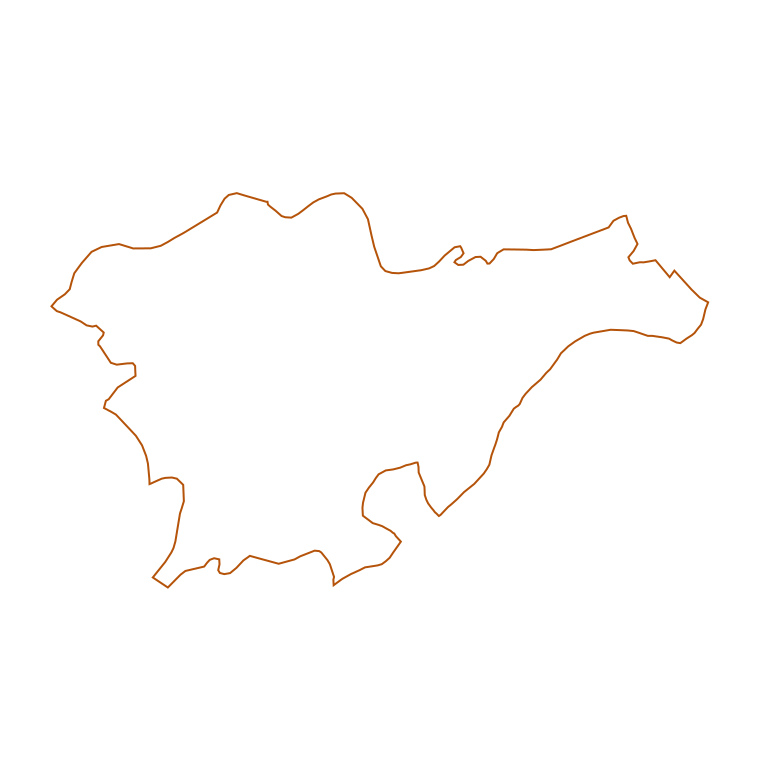 outline of Disuq, Kafr ash Shaykh, Egypt, rotated 267°
{"feature_id": "37247803B5020556280365", "entity_name": "Disuq", "entity_type": "district", "adm_level": 2, "iso_a3": "EGY", "parent_name": "Egypt", "parent_adm1": "Kafr ash Shaykh", "projection": "robinson", "projection_center": [30.711, 31.149], "detail": "fine", "context": "isolated", "style": "outline", "palette": "amber", "viewbox_px": 768, "rotation_deg": 267, "n_neighbors": 0, "source": "geoboundaries", "source_scale": "gbopen_adm2", "svg_char_len": 4121}
<svg xmlns="http://www.w3.org/2000/svg" viewBox="0 0 768 768"><g transform="rotate(267 384 384)"><path d="M539.3,634.7L539.2,632.0L538.5,629.8L537.8,627.6L537.1,626.1L535.0,621.7L528.6,616.5L516.5,578.7L513.2,568.6L509.8,557.9L509.8,550.6L509.9,540.4L510.7,533.1L511.5,521.4L512.2,510.5L511.1,508.4L508.7,503.9L503.1,500.2L498.8,495.7L498.8,493.6L501.7,492.1L506.0,487.1L506.0,482.0L502.5,474.6L499.0,469.5L499.0,465.2L499.0,464.4L501.9,460.7L504.0,462.2L506.8,467.4L510.4,470.3L516.1,468.2L516.9,467.7L517.6,467.3L517.0,462.8L516.8,461.6L509.1,451.3L503.4,445.4L499.2,440.3L498.1,437.6L497.1,435.1L495.7,427.1L494.1,408.4L493.8,404.4L494.5,397.9L496.7,391.3L501.7,387.0L511.3,384.3L521.6,381.4L533.0,379.3L549.4,376.6L558.2,372.5L560.1,371.6L571.6,361.5L575.4,356.0L576.6,354.2L576.7,345.5L576.0,341.1L574.6,337.4L571.8,328.6L571.5,328.0L569.0,322.8L565.5,317.6L561.9,312.5L558.4,307.3L555.0,300.2L555.7,294.1L557.1,290.5L562.8,284.7L567.1,279.7L569.3,277.5L572.1,277.2L572.1,276.1L579.4,255.0L582.3,247.0L580.9,238.9L577.4,234.5L571.0,230.1L563.9,226.3L563.6,225.7L552.7,205.5L545.7,192.5L544.7,190.5L540.8,182.3L537.2,175.7L533.7,168.3L531.7,158.1L532.5,140.6L533.7,137.4L537.6,126.7L535.6,109.2L531.3,98.9L530.6,98.2L520.7,88.6L510.8,80.5L502.3,77.4L496.0,75.4L495.2,75.2L490.3,70.0L485.3,61.9L479.0,56.0L478.1,56.8L473.9,61.1L472.5,64.7L462.4,84.3L458.1,90.1L456.6,95.9L457.3,99.6L450.1,106.8L447.3,106.0L441.6,100.9L438.1,100.8L436.6,102.3L419.5,112.3L417.3,118.1L418.0,128.4L417.9,134.2L415.1,136.4L410.2,136.3L405.1,136.3L394.5,117.9L383.2,108.3L381.8,105.4L374.7,103.1L370.4,110.3L367.5,114.7L355.5,124.9L345.3,133.5L344.1,134.2L335.3,139.2L324.6,142.7L316.8,144.1L301.8,144.7L299.9,144.7L296.3,144.6L296.8,146.1L298.3,149.8L301.1,157.1L301.7,160.8L301.7,167.3L300.3,172.2L293.8,178.2L277.4,178.0L270.5,175.5L265.4,173.5L255.4,171.3L237.6,167.4L231.2,165.2L227.0,162.9L217.8,156.3L202.9,143.0L195.8,152.5L192.1,157.5L204.2,170.8L207.7,175.9L211.1,194.9L214.7,197.9L217.5,200.8L218.9,205.2L217.5,210.3L212.5,210.3L206.8,208.7L203.9,210.2L202.5,214.5L203.2,220.4L208.1,227.0L215.2,234.4L218.2,239.2L219.4,241.0L216.2,250.6L210.0,269.4L213.5,285.5L216.3,291.3L221.2,306.0L220.5,310.6L219.0,312.6L211.1,318.3L206.9,320.5L194.0,324.0L191.2,323.2L187.6,323.2L185.7,323.2L190.4,330.3L191.7,332.4L195.9,341.0L196.0,341.2L196.1,341.4L197.0,343.9L198.1,346.6L199.3,349.7L201.9,355.5L202.2,358.7L202.9,365.6L203.1,367.2L203.2,368.3L204.2,372.4L206.9,376.5L210.2,380.6L212.9,382.6L215.3,384.4L225.7,392.6L231.4,387.9L234.2,386.4L235.0,385.0L235.7,384.3L237.1,382.8L239.3,379.2L242.1,374.8L243.6,371.2L245.7,365.4L249.7,360.7L253.6,356.0L257.2,356.0L261.4,356.0L266.4,356.8L276.4,359.8L281.3,363.5L286.3,368.0L290.5,370.9L294.1,373.9L295.0,375.8L297.6,381.2L298.2,388.5L299.6,395.8L301.7,401.7L302.4,406.1L303.8,411.5L303.8,413.4L299.5,414.1L293.8,414.0L289.5,415.5L279.6,419.0L276.0,419.0L271.0,418.9L266.0,420.3L262.5,421.8L258.2,424.6L255.3,426.8L253.2,428.2L251.8,429.7L249.3,431.9L250.3,433.6L257.8,441.5L260.2,444.8L265.0,450.8L271.8,458.2L279.5,468.9L289.4,479.0L293.6,482.2L297.9,485.0L303.2,486.5L307.1,487.6L316.0,491.3L316.8,491.7L322.5,493.9L327.2,495.4L329.6,496.1L335.4,499.8L336.3,500.1L339.4,501.5L345.7,507.6L348.5,509.5L352.5,512.3L352.7,512.5L352.8,512.7L354.2,514.8L355.3,516.8L356.4,518.0L356.9,518.5L362.9,521.6L366.9,525.0L373.1,531.4L376.0,535.2L380.2,540.6L386.6,546.6L390.1,550.7L394.8,554.5L396.8,556.1L399.2,558.1L405.4,562.3L412.0,570.0L416.6,577.2L421.6,587.0L422.3,589.0L423.5,592.5L424.3,596.1L424.9,601.2L426.3,613.1L425.4,623.0L424.7,630.2L423.8,636.1L421.7,641.5L420.1,645.4L418.3,649.9L418.0,654.6L416.6,661.6L416.1,664.2L414.4,671.0L412.6,673.8L410.1,678.4L409.3,682.0L410.1,683.3L413.5,688.5L416.7,694.1L418.7,696.8L423.0,700.4L426.6,703.7L432.1,706.1L441.7,708.9L448.6,712.0L453.7,703.9L453.8,703.8L458.6,699.4L462.4,695.9L482.0,679.9L475.7,674.9L493.4,661.6L492.8,657.4L492.5,655.1L492.2,652.3L491.9,649.7L492.2,645.9L491.1,638.8L494.6,635.8L497.8,634.7L503.7,640.2L510.6,644.5L517.0,641.8L526.1,638.8L532.3,636.1L539.3,634.7Z" fill="none" stroke="#b45309" stroke-width="2"/></g></svg>